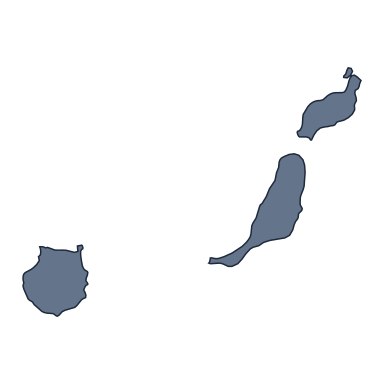 an SVG outline of Las Palmas
{"feature_id": "ESP-5829", "entity_name": "Las Palmas", "entity_type": "Autonomous Community", "adm_level": 1, "iso_a3": "ESP", "parent_name": "Spain", "parent_adm1": "", "projection": "albers", "projection_center": [-14.437, 28.512], "detail": "fine", "context": "isolated", "style": "filled", "palette": "slate", "viewbox_px": 384, "rotation_deg": 0, "n_neighbors": 0, "source": "natural_earth", "source_scale": "10m", "svg_char_len": 2655}
<svg xmlns="http://www.w3.org/2000/svg" viewBox="0 0 384 384"><path d="M283.8,156.7L289.0,154.5L294.2,153.8L298.9,155.3L303.0,159.9L304.6,165.2L305.1,172.5L304.1,186.1L303.2,189.4L300.8,195.5L300.3,197.7L300.1,203.1L300.3,204.8L300.7,205.8L302.0,208.0L302.2,209.2L301.6,210.7L299.1,213.1L298.5,214.0L298.4,215.5L298.2,217.1L297.8,218.5L295.4,221.8L294.2,224.6L292.7,230.0L289.6,235.3L284.9,237.9L270.0,240.4L263.6,242.4L258.8,245.7L253.3,247.2L250.4,248.8L245.8,253.8L242.0,259.1L237.8,263.7L231.9,266.4L228.3,266.4L222.7,263.8L219.8,263.1L210.5,263.7L208.8,263.1L209.3,262.6L209.9,260.7L210.3,258.8L210.2,258.1L211.2,257.8L216.0,258.7L218.8,258.4L224.0,256.7L232.2,253.0L242.2,246.4L246.4,242.3L248.6,239.5L250.2,236.9L251.0,233.8L251.8,225.9L253.0,223.0L256.1,218.1L259.5,206.8L260.3,204.9L262.1,203.5L266.3,196.6L269.5,188.7L275.0,180.5L276.6,172.5L278.6,167.6L279.2,161.9L280.0,159.8L281.4,158.1L283.8,156.7ZM83.9,269.1L85.0,270.1L87.3,271.5L87.8,272.5L87.4,275.1L86.3,277.9L85.9,280.8L87.7,283.4L87.7,284.5L86.2,285.2L85.1,286.6L83.7,290.0L85.0,292.3L85.9,295.2L85.6,297.6L83.2,298.6L81.5,299.8L76.9,305.5L74.9,307.3L64.9,310.3L63.3,311.2L62.6,311.3L58.8,315.4L57.1,316.2L55.7,315.5L54.3,314.3L53.0,313.6L46.9,313.1L44.2,312.5L41.9,311.4L34.4,304.8L33.2,303.2L32.7,302.1L29.7,300.3L28.4,299.3L27.9,298.4L23.9,289.2L23.0,285.9L23.8,282.8L23.3,280.9L23.0,278.5L23.2,275.9L23.9,274.0L25.2,272.6L30.8,269.6L33.3,267.8L36.8,264.4L39.3,260.5L38.5,256.6L40.2,255.2L40.8,252.3L40.5,249.1L39.7,246.8L41.3,246.7L42.8,246.8L44.2,247.2L45.5,247.9L47.5,247.4L55.1,250.1L65.7,250.2L74.6,252.4L77.9,251.4L77.4,246.0L81.6,245.2L82.2,245.5L82.9,247.6L82.8,248.8L81.7,249.4L80.6,251.3L80.7,255.6L81.6,262.0L81.9,263.1L82.2,265.0L82.8,267.1L83.9,269.1ZM351.8,75.7L354.3,75.1L356.9,76.7L361.0,80.5L359.6,83.8L359.1,86.4L358.1,88.6L355.3,90.4L354.8,92.9L355.3,95.0L356.0,97.4L356.4,100.2L356.1,101.4L354.9,103.5L354.5,104.7L354.4,106.1L354.7,108.9L354.5,110.2L352.3,114.1L348.3,117.7L343.8,120.2L337.2,121.9L335.9,123.4L334.8,124.9L333.1,125.6L330.9,125.8L327.7,126.6L325.4,126.8L320.5,127.9L316.8,130.8L313.9,135.0L311.5,140.0L310.6,140.0L309.1,137.8L306.2,136.9L299.5,136.9L298.5,136.0L297.6,134.1L297.2,132.2L297.6,131.3L299.2,130.8L300.4,129.6L301.8,126.9L302.4,124.3L302.9,116.4L303.3,114.3L307.9,106.6L310.4,103.9L312.4,102.5L314.6,101.4L317.3,100.7L320.4,100.5L323.1,99.7L327.7,95.6L330.5,93.9L333.1,93.0L335.3,92.7L342.4,92.6L344.4,92.0L345.9,90.0L347.6,86.1L349.0,80.8L350.1,78.0L351.8,75.7ZM351.2,68.5L352.5,71.4L350.6,75.2L347.1,77.9L343.7,77.4L343.7,76.2L345.8,73.9L346.9,70.3L348.2,67.8L351.2,68.5Z" fill="#64748b" stroke="#1e293b" stroke-width="1.5"/></svg>